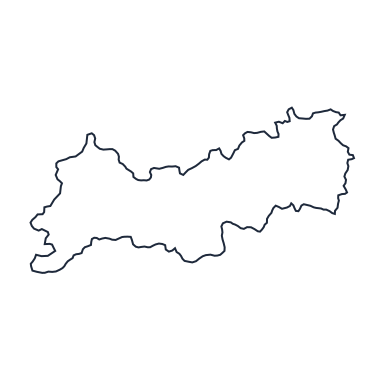 the district of Itueta, Minas Gerais, Brazil, rotated 189°
{"feature_id": "56859067B64737681226599", "entity_name": "Itueta", "entity_type": "district", "adm_level": 2, "iso_a3": "BRA", "parent_name": "Brazil", "parent_adm1": "Minas Gerais", "projection": "mercator", "projection_center": [-41.108, -19.373], "detail": "fine", "context": "isolated", "style": "outline", "palette": "slate", "viewbox_px": 384, "rotation_deg": 189, "n_neighbors": 0, "source": "geoboundaries", "source_scale": "gbopen_adm2", "svg_char_len": 4048}
<svg xmlns="http://www.w3.org/2000/svg" viewBox="0 0 384 384"><g transform="rotate(189 192 192)"><path d="M300.2,234.3L304.3,232.1L303.9,223.4L305.8,218.7L306.8,214.7L312.5,208.9L318.1,207.2L321.3,204.8L328.7,201.4L330.5,199.0L329.9,195.4L327.8,193.5L329.3,187.5L326.8,183.5L324.3,182.1L321.8,180.3L322.4,177.3L322.1,170.0L326.9,163.0L329.7,156.0L332.8,155.0L335.4,153.8L334.9,149.0L336.1,146.7L341.0,145.7L342.7,142.7L345.4,139.5L346.7,136.5L344.9,133.4L342.3,131.1L337.4,129.9L334.5,131.9L328.1,129.9L326.9,127.5L329.2,123.4L329.3,117.5L324.4,118.5L322.0,118.2L320.2,115.6L317.9,112.4L324.4,106.4L330.6,105.1L336.2,105.6L336.9,101.9L338.5,98.3L340.0,95.9L339.3,93.5L337.3,89.4L332.8,88.9L327.3,88.7L324.7,89.2L321.4,90.9L317.6,91.2L314.0,92.2L310.4,94.6L308.0,96.6L306.5,98.7L305.5,101.3L303.9,104.1L301.8,106.1L299.6,108.0L299.0,110.9L296.7,112.4L293.9,113.2L291.5,114.4L290.8,118.4L289.2,120.7L286.5,122.1L283.5,123.9L283.7,126.9L283.5,129.9L281.4,131.5L278.9,131.7L276.2,130.6L273.4,132.0L270.4,133.1L266.2,133.0L263.4,132.4L259.9,132.7L256.9,134.7L254.0,136.6L251.8,137.2L248.7,137.8L245.5,138.1L243.9,135.3L242.0,131.1L239.0,129.2L236.2,128.9L233.5,129.8L230.4,130.7L227.2,130.5L224.7,130.9L222.4,132.7L219.8,134.5L216.6,135.9L213.2,136.0L210.2,135.3L208.9,131.1L205.5,129.5L202.3,131.1L200.0,133.8L197.8,130.3L194.8,129.0L192.8,127.1L191.0,124.6L188.6,122.8L184.6,122.6L180.7,122.5L177.2,124.3L174.4,127.4L171.4,130.2L168.5,131.8L164.0,133.0L159.7,132.6L157.0,133.2L154.3,134.4L152.3,136.8L150.7,138.9L151.1,142.5L152.7,146.4L154.4,149.9L155.7,153.5L155.6,156.8L156.4,159.7L157.6,162.6L156.6,165.9L153.2,168.1L148.9,168.1L146.8,167.0L144.4,166.6L141.4,165.6L138.3,163.9L135.0,163.7L132.1,165.9L128.2,166.4L124.4,165.1L120.9,163.5L118.6,163.5L117.0,165.9L115.7,168.4L115.1,171.1L113.2,173.3L113.7,177.2L112.4,180.5L110.3,183.8L109.9,186.3L109.1,188.9L107.2,191.6L103.9,190.8L100.5,189.5L97.9,190.6L95.8,191.5L93.1,193.5L92.2,196.3L89.8,194.7L88.3,192.2L86.5,189.6L83.9,189.7L82.8,192.1L81.8,195.7L79.7,197.4L76.7,197.2L72.9,196.9L69.4,195.9L67.0,195.7L64.6,195.8L61.9,195.9L59.4,195.2L56.6,195.6L53.1,194.6L50.2,193.1L47.5,192.7L47.8,195.8L45.8,199.2L45.9,203.3L45.6,206.5L46.7,208.8L47.0,211.6L43.6,213.4L40.6,214.1L38.8,215.8L40.6,218.6L43.2,221.8L41.8,224.7L41.8,228.1L43.9,231.1L43.5,234.2L41.7,238.1L41.6,242.0L43.1,244.9L42.8,248.3L39.4,249.4L37.3,250.8L38.9,253.6L42.4,253.5L44.4,256.1L44.3,259.8L46.9,261.2L50.1,261.8L52.6,263.4L55.3,265.5L58.5,267.1L60.0,270.4L61.2,272.7L62.5,275.8L61.9,279.3L59.4,281.4L58.3,283.6L56.6,286.1L54.2,288.2L53.2,292.1L57.3,291.0L59.5,293.4L62.3,293.4L65.5,294.1L68.0,295.3L70.9,293.6L74.0,292.6L77.0,291.4L79.9,290.4L82.3,289.8L84.8,288.6L85.4,285.5L87.4,282.8L90.8,282.1L94.0,281.9L97.9,281.6L100.7,282.9L103.1,285.2L104.7,288.8L106.6,290.9L109.4,288.8L110.5,285.7L109.0,283.1L107.4,280.5L106.6,277.2L108.8,276.1L111.4,276.7L113.2,274.1L117.2,275.0L120.7,273.5L118.7,270.7L118.1,268.0L117.1,265.2L115.6,262.8L115.3,260.0L118.4,258.8L121.8,258.0L124.5,259.4L127.2,261.2L130.1,263.1L133.4,262.2L136.9,260.6L139.9,259.9L143.2,260.2L146.6,260.0L148.8,258.3L150.4,256.1L148.8,253.2L148.3,250.7L150.4,248.8L152.5,245.3L153.3,241.8L156.2,240.0L157.1,237.0L157.9,234.6L158.8,232.0L160.6,230.0L164.0,231.1L166.4,232.3L168.9,234.3L170.2,237.1L172.0,239.3L174.7,237.2L178.1,236.6L180.3,235.5L181.0,232.0L180.7,228.6L181.9,226.3L184.5,226.0L187.3,223.8L189.6,221.1L192.4,218.2L195.9,215.5L199.2,213.3L201.3,210.4L203.3,207.5L206.8,208.5L207.8,211.3L208.6,214.0L212.2,214.9L215.7,214.0L219.1,213.6L221.8,212.7L224.7,211.2L228.0,209.8L230.7,209.8L233.3,209.8L236.0,208.2L236.7,205.1L234.9,202.4L234.9,199.9L236.2,197.6L238.6,196.3L241.4,196.1L244.1,195.5L247.0,195.4L249.2,196.1L252.2,197.7L253.0,201.2L255.4,202.7L257.8,203.7L260.4,204.8L261.9,206.6L264.8,208.8L268.1,209.7L269.5,212.5L269.7,215.4L271.0,218.1L274.3,220.8L277.3,221.9L280.3,221.4L282.7,220.8L286.2,220.0L289.9,220.3L292.6,221.8L294.8,223.1L296.2,226.0L296.0,229.7L297.6,232.8L300.2,234.3Z" fill="none" stroke="#1e293b" stroke-width="2"/></g></svg>